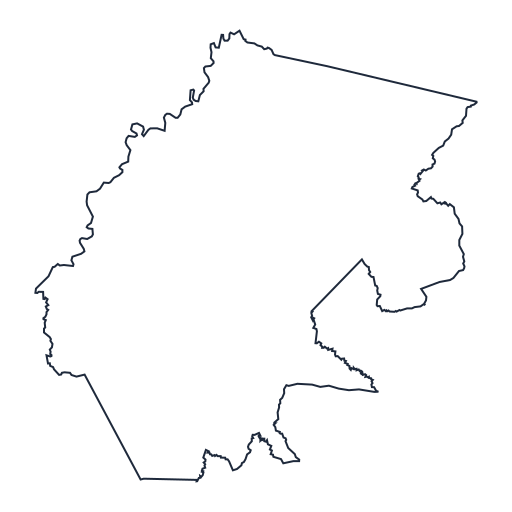 Mambwe, Eastern, Zambia (orthographic projection)
{"feature_id": "96606910B40356469041881", "entity_name": "Mambwe", "entity_type": "district", "adm_level": 2, "iso_a3": "ZMB", "parent_name": "Zambia", "parent_adm1": "Eastern", "projection": "orthographic", "projection_center": [32.063, -13.357], "detail": "fine", "context": "isolated", "style": "outline", "palette": "slate", "viewbox_px": 512, "rotation_deg": 0, "n_neighbors": 0, "source": "geoboundaries", "source_scale": "gbopen_adm2", "svg_char_len": 5998}
<svg xmlns="http://www.w3.org/2000/svg" viewBox="0 0 512 512"><path d="M476.5,101.7L327.2,66.2L274.9,55.1L273.5,54.2L271.6,49.9L269.1,48.1L267.6,47.6L266.8,48.6L264.2,49.2L261.8,46.6L257.4,45.4L254.4,43.4L247.4,42.5L245.3,40.9L245.5,39.6L243.7,39.2L239.5,30.7L234.1,34.3L230.5,32.6L229.5,34.1L229.3,38.5L227.6,40.7L224.6,40.7L223.4,38.6L223.1,34.9L221.6,34.8L218.8,47.7L215.6,47.4L213.9,43.1L210.7,44.3L210.5,47.8L211.5,52.2L210.8,58.2L213.5,61.3L213.6,63.0L210.7,65.9L205.4,66.5L203.9,68.1L204.5,72.3L208.1,77.1L209.3,80.8L208.7,82.7L203.5,88.8L203.6,91.3L199.9,95.0L198.3,101.3L195.7,101.0L193.6,99.7L192.8,97.6L194.1,90.5L193.3,89.6L190.6,90.3L189.9,100.1L192.0,102.4L192.2,104.2L185.2,106.6L181.6,109.3L180.3,114.5L177.6,117.8L175.6,117.8L169.8,113.9L167.0,113.7L165.3,114.9L163.9,117.6L165.3,122.9L164.6,130.8L157.1,128.3L150.4,128.4L148.4,129.8L143.7,136.1L142.0,134.2L143.9,129.7L143.1,126.6L137.1,123.4L132.4,124.4L131.0,129.5L132.1,131.0L136.5,133.5L137.0,135.4L134.8,136.9L128.6,135.9L126.6,138.3L125.6,142.2L126.7,145.2L130.4,150.1L128.4,156.6L128.2,161.6L122.0,164.2L119.4,167.3L120.0,168.5L122.4,169.9L122.4,172.2L119.1,175.2L113.9,177.8L110.4,182.2L108.7,183.0L103.8,182.6L100.0,188.7L96.5,191.3L89.5,192.3L87.4,194.5L86.6,201.6L87.1,205.3L92.9,216.6L91.0,223.0L87.6,225.4L86.7,227.2L88.4,228.5L92.4,228.9L92.9,234.4L91.8,236.4L87.2,239.0L82.0,238.1L80.4,239.0L79.6,240.6L80.0,242.8L83.8,248.9L84.4,251.4L81.1,253.8L72.4,256.7L71.4,260.3L73.5,264.2L73.0,266.0L63.9,265.0L59.8,265.5L57.8,264.0L54.6,266.8L52.8,267.1L48.5,276.3L36.0,288.6L35.4,292.8L37.3,293.0L38.7,291.8L43.1,291.9L43.4,298.9L44.7,299.1L45.4,297.6L47.6,299.2L46.1,302.4L48.3,305.1L45.8,306.5L46.8,309.0L48.2,309.9L46.5,312.1L46.5,314.3L45.3,316.8L43.4,318.2L43.5,319.2L45.8,320.1L44.7,322.7L45.2,327.5L44.0,328.6L44.0,332.5L49.7,337.1L50.9,339.1L50.4,340.8L52.5,343.9L51.9,347.4L49.8,349.6L50.6,351.7L50.2,354.0L51.5,355.1L51.4,356.1L50.3,356.5L46.5,355.3L48.0,363.5L49.8,363.3L50.2,365.9L53.1,367.1L54.0,369.3L59.1,374.9L61.2,374.5L61.9,372.8L64.5,372.3L70.0,372.8L71.5,375.0L76.5,376.6L84.6,374.6L140.6,479.5L143.8,478.7L196.9,479.9L196.6,481.3L197.2,481.2L198.8,478.0L200.3,477.8L200.1,475.9L201.3,476.8L202.7,475.2L203.4,472.5L202.1,471.9L203.0,471.1L201.9,470.6L202.5,468.7L205.2,467.7L204.5,465.5L205.2,464.3L203.7,462.5L205.3,461.4L205.5,459.6L203.3,457.6L205.9,449.9L208.7,451.3L207.7,452.6L209.5,452.7L210.0,454.3L211.3,454.4L212.2,455.9L214.5,455.1L215.0,456.0L216.5,454.9L217.6,456.1L220.7,456.1L220.9,457.6L225.2,457.7L225.6,459.3L227.6,459.3L229.1,461.4L232.9,470.3L237.0,469.0L241.4,465.3L241.9,463.1L243.9,462.0L245.5,459.2L247.1,454.4L250.0,452.3L250.7,450.2L248.6,448.8L248.0,446.8L248.8,444.5L251.8,441.3L251.7,438.5L253.2,438.1L252.2,436.3L252.7,434.8L254.6,434.9L259.0,432.9L260.1,435.2L258.7,435.6L258.6,436.3L259.7,438.1L260.5,437.5L260.4,440.6L261.8,439.1L262.1,440.1L263.2,439.7L263.2,438.7L264.3,438.7L264.3,441.2L266.0,441.7L267.0,440.2L267.9,444.3L271.3,445.9L269.9,449.5L271.9,450.5L270.7,454.2L273.0,454.7L273.4,456.8L281.0,459.1L283.3,463.3L293.5,461.1L299.1,461.1L299.2,459.6L295.8,457.1L294.8,454.1L288.2,448.0L285.5,441.1L286.2,439.9L285.6,438.3L283.5,437.5L282.2,433.7L280.4,433.7L279.5,432.8L279.8,431.9L275.9,430.6L275.3,427.1L273.7,424.9L275.0,423.6L274.2,423.7L274.3,422.6L278.3,419.1L277.6,412.4L279.1,407.5L279.0,404.6L280.3,403.3L280.1,399.8L282.2,397.9L284.2,393.2L284.0,389.2L286.4,385.2L288.7,385.9L297.4,383.8L312.1,384.6L320.3,386.9L328.9,385.7L338.7,388.6L348.9,390.2L359.0,389.4L374.4,391.9L378.4,391.7L376.1,390.8L374.1,387.2L371.9,387.1L371.4,384.5L372.5,383.1L371.6,381.3L372.8,379.9L371.2,379.3L371.1,378.3L369.1,378.0L368.9,376.8L368.1,377.4L366.8,376.6L365.4,376.9L366.1,375.0L365.1,374.2L362.9,374.9L362.5,373.2L361.4,374.0L360.7,373.0L361.9,371.4L360.7,370.6L359.6,371.0L358.7,369.5L356.5,370.3L356.5,368.8L354.6,369.0L353.7,367.8L353.6,369.1L351.4,368.1L350.8,369.9L349.6,368.6L349.4,365.9L347.3,365.0L347.7,363.9L344.9,362.9L345.9,361.0L344.4,360.7L344.1,358.5L341.9,358.7L341.3,359.7L337.7,356.1L335.7,356.3L335.0,354.5L335.4,351.4L332.1,351.0L332.5,348.7L328.2,349.9L328.1,348.1L327.1,348.6L324.8,346.7L323.7,347.8L322.1,347.8L322.3,346.7L320.5,345.2L321.3,343.4L318.9,341.7L316.8,343.3L315.5,343.2L316.9,331.3L316.4,329.0L313.3,327.9L315.2,324.5L313.5,319.3L314.2,318.3L313.4,317.9L312.7,320.2L311.2,317.3L312.1,315.8L311.3,312.9L312.5,311.6L311.7,311.1L361.9,259.4L364.6,264.0L367.3,266.6L368.8,267.0L369.0,270.1L370.2,272.0L368.7,273.9L371.4,276.8L373.5,277.0L375.2,285.5L376.7,285.9L377.7,288.1L377.2,290.5L377.9,293.9L380.5,294.7L380.3,296.2L377.2,299.5L376.7,305.0L377.5,306.2L379.8,306.0L382.2,311.1L384.4,309.9L385.9,311.2L386.5,310.4L387.3,311.2L388.5,310.5L389.5,311.5L394.5,311.8L395.8,311.0L396.6,311.6L399.5,310.0L400.3,310.5L407.1,308.4L411.9,308.4L414.6,307.1L420.5,306.4L423.6,304.2L425.1,305.1L424.2,303.6L426.0,300.4L426.4,296.8L421.1,288.9L439.5,282.0L450.1,280.0L453.4,278.0L459.0,271.0L463.1,270.1L464.1,268.3L464.5,266.4L463.2,263.5L464.3,261.4L463.0,256.8L463.8,254.1L459.3,245.6L459.3,240.0L462.4,233.9L462.1,226.4L459.5,223.4L458.5,218.9L454.7,213.7L453.9,207.3L449.8,204.1L448.2,205.8L446.6,203.9L445.2,203.6L445.8,202.7L444.8,202.0L441.4,204.3L440.2,202.5L437.4,203.3L433.3,198.8L431.5,198.6L430.9,197.1L426.3,201.0L423.4,201.4L422.4,199.5L417.7,196.2L417.1,194.3L418.0,192.6L417.7,190.4L411.8,188.5L412.4,187.0L415.1,185.7L414.4,184.8L415.4,183.3L416.6,183.8L416.6,182.9L419.5,180.9L419.1,179.8L420.0,179.1L418.5,178.6L418.7,177.3L417.8,176.3L418.7,173.7L419.8,173.3L420.4,174.0L422.9,170.9L422.2,170.4L423.8,169.5L425.8,170.5L428.4,168.7L431.0,168.3L432.6,166.6L432.5,164.5L434.5,163.6L435.1,161.5L434.5,159.6L432.8,158.3L433.3,155.9L432.1,154.9L433.4,152.8L438.8,147.9L443.2,145.6L444.8,141.5L448.5,138.6L451.2,134.7L452.0,129.3L456.6,126.3L459.0,126.0L462.7,122.9L462.4,120.4L466.0,115.8L466.5,108.7L467.6,107.1L470.8,106.6L470.9,105.6L474.2,104.5L476.6,102.5L476.5,101.7Z" fill="none" stroke="#1e293b" stroke-width="2"/></svg>